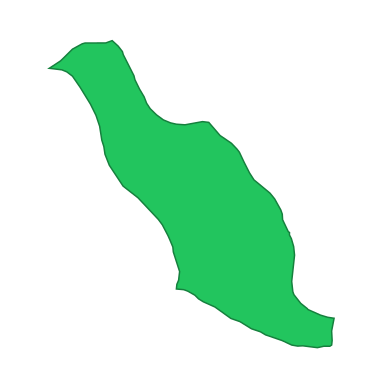 the district of San Miguel Acatán, Huehuetenango, Guatemala, rotated 6°
{"feature_id": "79465075B13081043036874", "entity_name": "San Miguel Acatán", "entity_type": "district", "adm_level": 2, "iso_a3": "GTM", "parent_name": "Guatemala", "parent_adm1": "Huehuetenango", "projection": "robinson", "projection_center": [-91.621, 15.749], "detail": "fine", "context": "isolated", "style": "filled", "palette": "green", "viewbox_px": 384, "rotation_deg": 6, "n_neighbors": 0, "source": "geoboundaries", "source_scale": "gbopen_adm2", "svg_char_len": 1286}
<svg xmlns="http://www.w3.org/2000/svg" viewBox="0 0 384 384"><g transform="rotate(6 192 192)"><path d="M346.9,329.6L346.9,325.1L345.4,315.6L346.5,302.7L340.0,302.4L332.6,301.0L319.7,296.8L318.8,295.9L311.8,291.4L304.1,283.5L302.7,280.6L300.5,270.5L300.6,244.1L298.8,235.6L295.7,228.0L293.4,224.5L293.2,222.1L291.9,221.4L285.0,210.1L284.1,204.6L282.2,200.6L274.9,190.2L269.7,185.0L252.4,173.5L247.2,167.0L240.6,156.8L234.9,147.4L232.0,144.4L226.1,139.4L214.0,132.9L201.4,121.0L195.1,120.9L178.0,125.9L169.4,126.2L163.5,125.5L156.0,123.3L148.5,118.9L141.7,113.5L137.6,108.5L134.4,102.3L129.1,95.2L123.5,86.3L122.1,82.4L109.3,62.6L108.1,59.6L103.3,54.6L96.8,49.8L90.6,52.8L70.1,55.0L67.3,56.1L58.2,62.4L50.7,71.6L47.5,75.4L37.1,83.9L49.8,84.1L54.9,85.6L61.0,89.3L69.9,99.7L81.8,115.2L88.5,125.8L93.3,136.3L96.9,149.9L99.6,156.1L101.5,163.5L107.0,174.1L122.9,193.4L138.9,203.4L161.3,222.7L165.9,227.7L172.7,237.9L175.1,242.1L178.7,248.7L179.7,253.6L188.0,272.4L187.9,281.1L186.6,285.4L186.6,290.1L194.0,290.0L198.0,291.0L205.6,294.3L209.7,297.6L214.7,300.0L226.9,304.0L243.9,313.7L253.2,315.9L265.4,321.8L274.7,323.9L280.1,326.4L297.1,330.3L307.2,333.8L313.2,334.2L318.2,333.4L333.0,333.7L339.3,331.6L345.2,331.0L346.9,329.6Z" fill="#22c55e" stroke="#15803d" stroke-width="1.5"/></g></svg>